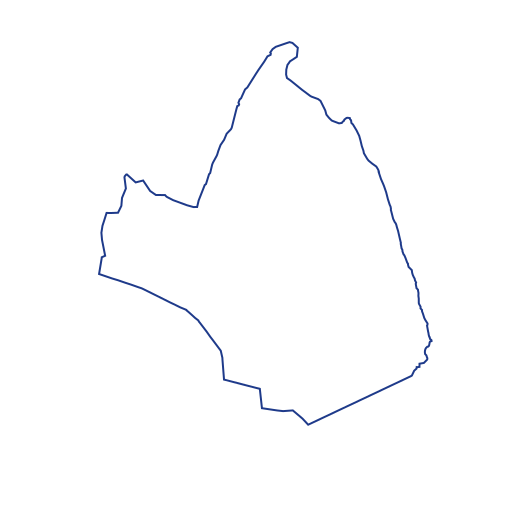 San Lorenzo, Oaxaca, Mexico (Mercator projection), rotated 243°
{"feature_id": "50627088B2703983374094", "entity_name": "San Lorenzo", "entity_type": "district", "adm_level": 2, "iso_a3": "MEX", "parent_name": "Mexico", "parent_adm1": "Oaxaca", "projection": "mercator", "projection_center": [-97.876, 16.418], "detail": "fine", "context": "isolated", "style": "outline", "palette": "blue", "viewbox_px": 512, "rotation_deg": 243, "n_neighbors": 0, "source": "geoboundaries", "source_scale": "gbopen_adm2", "svg_char_len": 3392}
<svg xmlns="http://www.w3.org/2000/svg" viewBox="0 0 512 512"><g transform="rotate(243 256 256)"><path d="M82.0,225.9L78.6,339.4L78.7,340.6L82.0,344.9L82.8,347.9L84.0,348.7L83.9,348.8L83.0,351.3L85.8,352.8L84.5,357.0L85.9,361.2L86.2,361.7L87.2,362.3L88.6,362.4L90.1,362.7L91.8,362.2L93.2,362.6L94.7,363.4L96.0,364.5L96.8,365.6L97.4,367.4L97.1,368.3L97.5,369.4L98.8,370.5L100.2,371.5L100.7,372.2L100.5,373.8L101.0,374.0L101.6,374.1L102.6,373.6L103.3,373.4L104.4,373.8L104.9,373.9L105.1,373.7L106.0,373.8L107.7,374.2L109.1,374.7L110.4,375.0L112.4,375.6L116.0,376.7L116.4,376.8L116.8,377.5L118.0,378.2L122.2,377.8L124.1,377.8L124.4,377.8L127.9,378.4L129.2,378.6L131.2,378.8L132.0,379.1L132.5,379.4L134.6,378.8L136.1,379.6L139.5,379.5L140.4,379.8L141.8,380.5L144.2,381.7L146.8,382.6L147.3,382.9L149.3,384.0L151.4,384.6L152.4,385.0L152.8,384.9L154.6,384.4L155.0,384.6L156.4,385.0L158.7,385.7L159.6,386.6L162.1,386.6L163.2,386.9L163.8,387.1L165.2,387.0L165.7,387.0L168.0,387.1L170.1,387.5L172.7,388.4L176.1,387.3L176.9,387.0L179.3,387.5L180.0,387.9L180.3,387.9L181.4,387.7L186.3,388.3L189.2,388.5L190.2,388.3L190.4,388.2L193.6,388.6L195.0,389.2L196.9,389.2L197.4,389.4L199.7,390.1L201.2,390.5L201.8,391.0L206.0,392.0L209.6,392.9L213.2,393.8L213.5,393.9L217.6,394.6L219.4,395.0L219.8,395.1L221.5,395.3L223.4,395.0L226.9,395.1L234.9,396.9L235.7,397.0L236.9,397.7L238.9,398.3L241.0,398.4L247.2,399.4L247.5,399.5L253.7,400.9L260.1,401.8L262.4,402.0L267.8,402.3L275.1,403.4L275.1,403.7L276.8,404.0L278.5,404.0L281.1,403.8L285.5,401.5L289.9,399.6L292.0,399.2L296.7,398.9L298.6,398.8L301.0,399.5L306.0,400.2L311.3,401.5L316.2,402.5L322.3,402.6L329.2,402.1L331.2,401.4L333.8,402.3L335.0,401.9L336.3,402.2L337.6,400.3L337.9,399.3L337.4,396.6L336.6,395.9L336.3,394.3L335.6,392.8L336.5,390.2L341.0,386.1L342.3,385.0L344.3,384.3L346.2,383.7L350.0,382.9L354.3,383.8L364.9,383.9L367.6,382.6L372.8,377.8L374.0,377.0L382.9,372.6L396.8,366.4L400.5,364.4L404.0,365.2L408.3,367.6L412.0,370.8L413.4,373.6L414.0,374.5L414.9,382.8L422.6,387.8L429.3,385.2L431.3,383.0L431.9,379.2L433.4,368.6L432.8,364.7L430.9,361.1L429.8,361.2L428.6,360.3L428.7,356.9L425.4,351.5L420.8,342.9L418.5,338.9L410.1,324.8L409.4,321.9L405.5,317.0L403.3,314.3L402.9,312.5L400.5,309.9L398.9,309.9L398.0,308.9L398.1,307.4L395.6,305.1L381.3,292.6L380.3,291.2L378.3,285.4L374.0,280.3L371.0,274.8L366.7,270.1L364.0,267.5L363.9,267.4L363.0,266.3L358.7,260.0L357.4,258.5L350.7,252.8L350.2,251.3L342.8,244.1L342.5,242.5L339.9,239.6L331.5,230.1L326.4,225.8L328.0,222.5L332.6,217.5L343.4,207.5L349.0,203.5L349.8,203.1L351.6,202.6L355.8,194.5L362.0,191.2L374.5,189.7L376.2,182.2L387.3,178.0L387.5,177.3L386.6,175.2L385.8,174.5L375.2,170.7L368.6,163.0L361.8,158.8L357.2,152.7L360.0,146.6L362.2,142.4L356.7,137.0L352.6,132.9L346.9,128.8L340.2,126.1L324.7,121.7L324.9,118.0L323.8,117.3L311.2,108.0L301.3,117.6L296.9,122.2L294.4,124.6L291.5,127.4L290.6,128.3L287.3,131.6L281.4,137.2L279.5,139.1L278.8,139.7L277.1,141.0L269.3,146.8L256.2,156.5L254.0,158.1L253.6,158.4L253.2,158.7L250.5,160.8L244.6,165.2L239.6,169.5L239.2,169.4L236.9,170.4L232.8,172.0L228.5,173.6L224.7,175.4L223.6,175.3L222.4,175.6L210.9,177.7L204.6,178.6L200.9,179.3L187.6,181.6L180.5,179.8L179.2,179.2L167.4,174.3L160.4,171.4L145.6,188.1L135.9,199.1L117.7,192.2L113.0,198.8L108.8,204.7L105.5,209.7L101.7,218.7L90.0,223.6L82.0,225.9Z" fill="none" stroke="#1e3a8a" stroke-width="2"/></g></svg>